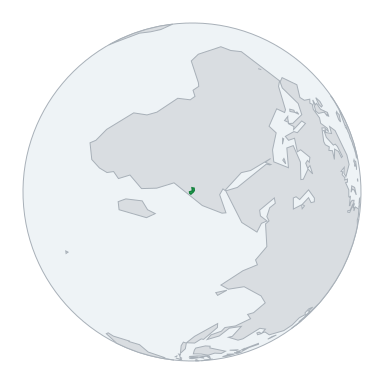 the Earth from above Jubbada Dhexe, rotated 85°
{"feature_id": "SOM-2315", "entity_name": "Jubbada Dhexe", "entity_type": "Region", "adm_level": 1, "iso_a3": "SOM", "parent_name": "Somalia", "parent_adm1": "", "projection": "orthographic", "projection_center": [42.85, 1.13], "detail": "fine", "context": "on_globe", "style": "filled", "palette": "green", "viewbox_px": 384, "rotation_deg": 85, "n_neighbors": 0, "source": "natural_earth", "source_scale": "10m", "svg_char_len": 6725}
<svg xmlns="http://www.w3.org/2000/svg" viewBox="0 0 384 384"><g transform="rotate(85 192 192)"><circle cx="192" cy="192" r="169" fill="#eef3f6" stroke="#a8b0b8"/><path d="M23.1,196.5L24.6,200.9L27.4,208.8L28.8,219.1L29.2,230.6L36.2,255.4L38.2,262.0L33.1,249.5L29.0,236.6L26.0,223.4L24.0,210.0L23.1,196.5ZM313.6,74.7L321.3,84.2L327.1,91.0L330.0,95.1L330.6,96.9L326.4,90.9L323.6,88.1L321.2,84.8L320.7,86.5L317.2,81.8L318.6,85.9L322.2,89.9L323.9,89.8L326.6,96.0L333.2,103.8L338.1,112.7L341.0,127.5L337.8,131.5L338.5,134.5L335.0,130.8L333.7,136.3L342.7,154.1L343.6,159.1L339.9,168.3L339.3,164.4L330.2,154.6L330.9,166.7L337.8,177.4L340.3,189.8L336.0,185.6L333.2,174.8L329.9,171.0L329.2,160.3L323.3,144.7L318.8,147.3L317.6,141.2L308.8,128.7L301.5,132.3L290.9,148.3L292.0,164.2L287.2,171.3L274.9,148.2L270.2,133.2L265.2,134.6L252.9,122.2L230.2,121.5L227.5,117.8L223.1,119.6L214.5,116.0L210.5,110.0L205.1,110.5L216.0,126.2L221.8,125.9L227.4,119.8L229.3,125.6L237.6,130.8L226.7,145.1L193.8,158.3L191.4,146.4L170.7,115.5L171.8,112.1L171.7,111.7L171.5,111.0L168.8,116.5L165.5,110.8L175.7,131.8L177.0,141.2L193.3,159.0L191.6,160.9L197.1,164.7L215.7,160.0L215.7,164.0L206.4,182.9L181.3,209.1L185.1,226.8L184.2,242.0L169.7,252.3L172.2,264.1L164.8,268.3L165.2,275.0L160.0,282.1L150.9,289.0L134.1,289.3L132.1,283.2L122.2,271.6L108.1,243.2L111.3,230.1L109.4,220.0L97.4,198.0L100.0,185.7L97.0,180.7L90.7,182.1L87.4,176.1L83.7,176.1L61.4,181.3L55.3,173.7L49.8,150.6L54.4,141.1L56.5,130.6L88.9,95.1L94.3,96.6L118.2,91.7L120.9,92.8L116.5,100.4L133.2,109.5L140.4,103.0L157.1,108.1L169.1,107.9L176.2,93.8L156.4,93.7L154.6,87.1L171.6,81.4L189.1,82.5L189.0,80.0L179.2,74.4L184.5,70.2L176.0,72.2L178.5,74.7L173.2,76.2L170.6,74.2L172.6,72.6L167.7,71.5L159.4,80.1L161.1,83.5L147.4,85.2L148.9,91.3L144.7,94.2L140.7,85.2L142.1,81.9L133.6,73.0L130.8,76.5L138.7,85.4L135.7,84.7L132.1,90.4L132.4,85.6L124.5,75.9L113.1,78.5L96.2,93.0L90.0,94.6L85.9,92.3L94.3,78.2L107.2,76.3L110.4,72.1L109.8,66.6L113.8,66.8L115.1,64.5L120.2,64.0L129.3,58.5L134.8,57.8L140.3,51.6L143.8,50.7L139.6,54.4L139.5,57.0L153.3,56.4L156.5,55.1L159.0,51.3L162.5,52.0L163.1,48.5L172.0,47.3L161.7,46.2L164.3,42.6L170.7,40.1L169.7,39.0L159.3,43.2L156.8,45.2L157.6,47.1L149.3,53.4L144.1,54.7L145.9,47.9L138.8,49.2L143.3,44.1L168.6,34.5L178.2,33.1L190.0,37.3L186.6,39.0L180.7,38.2L184.4,41.8L185.0,40.1L187.9,40.9L191.1,38.4L193.3,38.9L192.6,36.0L195.7,36.3L196.1,38.2L203.5,35.6L210.4,36.2L211.0,35.5L209.7,34.5L219.3,36.4L219.3,35.8L216.2,34.9L214.2,33.2L214.4,31.3L217.8,32.0L218.1,32.8L223.9,36.0L224.3,38.5L225.7,38.6L226.1,36.7L219.1,32.8L218.3,31.4L222.1,33.0L220.7,32.3L221.3,31.9L225.0,32.4L221.1,30.6L223.6,27.3L231.1,28.5L234.3,29.8L239.6,30.1L247.6,32.5L244.7,31.5L245.0,31.6L257.7,36.4L270.1,42.2L281.9,48.9L293.1,56.7L303.7,65.3L313.6,74.7ZM76.1,112.3L74.9,115.4L76.1,112.3ZM206.8,91.6L217.8,92.5L214.3,83.9L218.3,83.7L215.6,81.1L214.0,83.3L207.8,76.4L213.0,74.3L212.4,71.0L208.7,70.6L200.0,75.7L208.9,85.4L205.8,88.7L206.8,91.6ZM117.5,54.6L118.6,55.7L115.7,58.1L108.8,60.5L112.9,56.7L117.5,54.6ZM120.8,56.7L124.5,50.2L128.9,49.0L125.8,50.7L128.3,50.5L124.0,53.3L124.7,59.1L122.1,61.7L110.8,63.7L115.9,61.4L114.5,60.3L120.8,56.7ZM126.0,40.3L127.7,38.7L135.2,37.9L132.8,39.5L125.7,41.5L124.4,40.8L126.0,40.3ZM168.7,24.7L167.5,24.9L170.3,24.5L173.7,24.2L172.8,24.6L169.9,24.8L171.0,25.3L166.3,25.8L166.8,25.9L162.8,26.6L158.6,27.8L156.7,28.0L155.9,28.4L153.3,29.1L151.5,29.8L147.5,30.6L145.1,31.6L144.6,31.4L141.5,33.1L142.0,32.3L138.6,33.4L139.9,33.6L122.4,38.5L114.7,42.0L108.0,45.7L109.7,44.4L112.0,43.2L122.8,37.9L133.9,33.4L145.3,29.6L156.9,26.7L168.7,24.7ZM125.0,90.0L127.3,90.2L131.1,89.8L128.9,93.6L125.0,90.0ZM119.4,83.4L121.6,82.8L120.3,87.4L118.0,87.4L119.4,83.4ZM123.9,78.8L121.8,82.4L121.5,80.4L123.9,78.8ZM141.7,53.9L144.2,53.4L144.1,54.2L142.2,55.6L141.7,53.9ZM175.3,28.2L174.1,27.8L175.1,27.6L175.7,26.3L179.3,26.1L180.2,26.8L175.3,28.2ZM172.2,96.2L168.2,98.8L166.6,97.5L168.3,96.9L172.2,96.2ZM147.0,96.0L152.3,97.7L146.3,97.0L147.0,96.0ZM179.2,27.8L179.1,27.2L180.9,27.5L179.2,27.8ZM181.9,26.0L184.2,26.2L179.8,26.0L181.9,26.0ZM241.1,320.7L242.3,322.8L239.7,322.9L241.1,320.7ZM213.6,239.6L203.3,266.2L195.2,266.4L193.1,258.5L196.5,242.4L205.8,237.8L210.3,230.5L213.6,239.6ZM353.7,220.8L354.7,221.9L354.6,222.7L353.7,220.8ZM352.8,217.7L354.2,218.4L352.3,219.4L352.8,217.7ZM354.7,218.6L356.1,217.5L356.8,216.4L356.5,218.0L354.7,218.6ZM351.7,217.6L344.2,216.2L340.8,213.7L342.0,210.8L347.6,212.3L351.7,217.6ZM341.7,210.7L336.0,202.0L325.3,177.9L329.2,178.5L339.8,193.3L339.2,195.7L342.7,202.5L341.7,210.7ZM354.1,197.3L353.4,204.8L349.7,203.4L347.8,201.9L346.5,192.1L347.2,187.4L348.9,187.8L353.5,172.5L355.4,176.9L354.5,183.4L356.0,190.1L354.1,197.3ZM292.9,165.8L297.2,175.5L294.3,177.1L292.9,165.8ZM353.7,161.8L352.9,168.3L353.2,159.5L353.7,161.8ZM352.9,153.4L353.8,156.9L352.4,153.4L352.9,153.4ZM339.9,139.1L338.1,139.7L337.4,137.3L339.1,135.2L339.9,139.1ZM341.8,120.4L344.5,127.2L345.2,129.4L343.1,125.2L341.8,120.4ZM209.2,28.6L204.3,30.2L203.1,32.0L206.1,33.6L199.8,32.3L201.6,29.6L209.2,28.6ZM221.5,27.2L218.8,26.3L221.3,26.6L222.3,26.9L221.5,27.2ZM219.0,26.7L213.2,25.8L212.6,25.3L217.2,26.1L219.0,26.7ZM196.1,25.8L194.4,26.2L193.0,25.9L196.1,25.8ZM335.6,281.1L336.0,280.3L325.7,289.7L325.0,287.8L328.7,282.9L335.0,267.4L335.5,267.8L339.5,257.6L347.6,249.6L354.5,233.9L355.0,235.8L357.8,224.6L357.8,224.8L355.0,236.6L351.3,248.2L346.9,259.6L341.6,270.5L335.6,281.1ZM356.0,222.6L357.9,217.2L358.4,217.0L356.0,222.6ZM360.6,203.3L360.7,200.4L360.8,199.5L360.6,203.3ZM360.9,197.5L360.8,194.9L360.9,194.5L360.9,197.5ZM359.8,201.6L359.7,203.5L359.5,201.8L359.8,201.6ZM360.2,200.7L360.5,203.5L360.0,202.3L360.2,200.7ZM356.8,192.0L357.3,196.8L358.6,194.4L357.6,198.3L358.0,206.4L357.5,209.2L357.2,200.4L356.2,209.0L355.6,208.6L355.7,201.1L356.6,192.3L357.2,188.8L359.4,188.3L356.8,192.0ZM360.4,194.9L360.2,189.3L360.2,185.9L360.5,188.9L360.4,194.9ZM358.7,176.0L357.2,169.5L356.6,171.5L357.1,163.8L358.6,171.2L358.7,176.0ZM356.3,162.4L355.8,164.1L355.8,159.6L356.3,162.4ZM355.2,162.0L354.3,157.8L355.1,158.6L355.2,162.0ZM356.7,162.7L355.5,155.8L356.6,160.0L356.7,162.7ZM351.9,148.6L355.0,155.8L352.3,152.2L348.6,139.0L349.5,139.0L351.9,148.6ZM333.8,100.1L334.2,100.7L332.0,97.4L331.9,97.3L333.8,100.1ZM331.5,96.6L332.2,97.9L333.4,99.7L336.7,105.0L333.0,99.4L329.7,94.1L329.6,93.9L331.5,96.6ZM234.8,28.6L233.8,28.3L234.8,28.6Z" fill="#d9dde1" stroke="#a8b0b8" stroke-width="1"/><path d="M194.0,193.3L193.8,193.5L193.3,194.1L193.0,194.4L191.6,194.4L191.4,193.2L190.8,191.4L190.1,191.5L187.8,191.6L188.4,189.6L190.7,189.6L191.0,189.8L192.1,190.8L192.4,191.0L193.2,192.3L193.5,192.6L194.0,193.3L194.0,193.3Z" fill="#22c55e" stroke="#15803d" stroke-width="1.5"/></g></svg>